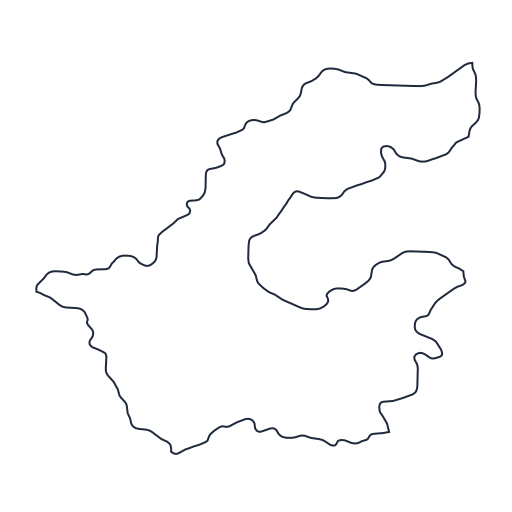 the district of San José de Ocoa, San José de Ocoa, Dominican Republic, rotated 92°
{"feature_id": "3306468B57713364990292", "entity_name": "San José de Ocoa", "entity_type": "district", "adm_level": 2, "iso_a3": "DOM", "parent_name": "Dominican Republic", "parent_adm1": "San José de Ocoa", "projection": "equal_earth", "projection_center": [-70.491, 18.553], "detail": "fine", "context": "isolated", "style": "outline", "palette": "slate", "viewbox_px": 512, "rotation_deg": 92, "n_neighbors": 0, "source": "geoboundaries", "source_scale": "gbopen_adm2", "svg_char_len": 6017}
<svg xmlns="http://www.w3.org/2000/svg" viewBox="0 0 512 512"><g transform="rotate(92 256 256)"><path d="M274.4,405.4L275.0,414.8L275.6,417.6L276.5,419.0L279.1,421.6L279.9,423.0L280.4,424.5L280.0,428.9L281.1,433.7L281.2,435.7L280.8,438.6L278.9,444.0L278.4,447.3L278.2,455.2L278.5,458.5L279.0,460.5L279.9,462.3L281.6,464.4L285.9,467.4L292.2,473.3L293.9,474.1L295.6,474.4L299.3,474.2L300.4,470.7L302.5,466.3L304.6,460.6L306.2,458.1L311.7,450.8L313.2,448.1L313.8,446.0L314.1,443.9L314.3,433.9L314.7,430.6L315.8,427.8L317.6,425.7L319.0,424.7L324.4,422.1L325.7,422.0L328.0,422.6L329.3,422.4L330.7,421.5L335.4,417.1L337.8,416.1L339.5,416.0L342.0,416.4L346.1,418.9L347.6,419.4L350.0,419.2L351.4,418.2L353.0,416.1L354.9,410.6L357.5,404.9L358.4,403.4L359.1,402.9L360.6,402.2L362.3,402.0L373.4,402.2L376.1,402.0L377.9,401.5L380.3,400.1L386.6,394.0L393.8,389.6L400.3,387.5L402.5,385.8L406.7,381.6L408.2,380.6L410.7,379.8L417.5,378.8L422.6,376.2L427.5,374.9L429.1,374.2L431.0,372.5L432.3,370.0L432.9,366.9L433.4,359.3L434.2,356.3L435.7,353.5L442.1,344.4L444.8,338.1L446.5,336.0L447.8,334.9L451.1,334.1L454.6,334.0L455.9,331.9L456.6,329.5L456.3,327.7L455.6,326.2L451.8,319.8L450.4,316.0L448.1,310.6L446.9,306.7L443.6,299.7L442.3,298.1L436.9,296.2L435.5,295.2L432.3,291.9L428.9,287.3L427.7,284.9L427.3,283.3L427.8,279.6L427.4,277.2L422.9,269.3L419.5,261.2L419.1,259.4L419.0,257.7L419.3,256.1L420.1,254.3L421.3,253.0L423.3,251.7L427.6,251.0L428.9,250.5L430.7,248.9L431.4,247.4L431.6,246.4L431.3,244.7L427.9,235.7L427.5,233.2L427.9,231.5L428.8,230.2L429.9,229.1L432.6,227.5L433.8,226.4L435.4,224.2L436.1,222.3L436.6,218.7L436.5,213.9L435.8,210.5L434.0,205.2L433.8,203.2L433.9,201.2L435.9,194.7L436.8,186.5L437.6,183.0L439.0,180.2L442.1,175.3L442.8,172.6L442.6,170.9L442.3,170.1L441.2,169.2L438.4,167.9L437.9,167.4L437.2,165.8L436.9,164.0L437.1,160.9L439.6,153.8L439.9,150.7L439.7,148.7L439.2,147.0L437.4,143.8L435.8,139.0L434.8,137.8L431.2,135.8L430.2,134.4L429.5,131.4L428.6,123.3L427.2,116.8L418.9,119.2L411.7,123.7L408.3,126.2L406.7,127.0L402.5,127.6L399.4,127.0L398.1,125.9L397.3,124.2L396.1,114.0L392.9,104.6L388.9,94.7L387.2,92.5L385.9,91.4L383.2,90.5L380.4,90.2L362.2,90.4L358.6,91.2L354.4,93.7L352.1,94.3L350.5,94.0L348.5,92.4L347.3,89.8L347.1,88.8L347.2,86.7L348.3,83.8L351.8,78.3L352.1,77.4L352.3,75.5L352.0,73.8L350.4,68.9L349.4,67.5L348.2,66.6L346.1,66.7L343.2,67.7L336.2,72.5L334.9,73.7L332.9,76.8L328.2,89.6L326.7,92.0L325.5,93.3L324.0,94.3L321.4,94.9L317.9,94.8L315.4,94.1L313.3,92.5L311.8,90.2L311.1,88.4L310.2,83.9L309.4,82.3L308.9,81.8L307.6,81.0L303.9,79.6L296.6,75.2L294.4,73.3L292.3,70.9L281.8,57.1L279.6,53.4L277.9,48.9L276.4,46.9L275.2,46.0L273.9,45.8L269.2,47.6L264.0,48.3L261.5,52.4L259.7,56.9L258.7,58.5L257.0,60.5L252.9,63.3L250.6,66.1L246.6,75.9L246.1,79.2L245.9,84.8L245.9,100.8L246.1,104.1L246.4,106.3L247.1,108.3L248.1,110.1L253.5,117.5L255.1,120.1L256.2,123.0L257.5,130.3L258.8,133.2L260.6,135.8L262.7,138.0L265.1,139.4L272.7,140.4L275.2,141.5L277.4,143.4L279.5,145.8L285.8,154.0L287.2,156.6L287.6,158.6L287.3,160.3L286.0,164.5L285.5,168.8L285.6,174.3L286.5,177.6L288.6,181.1L291.3,183.6L292.1,183.9L293.5,184.0L296.5,182.5L298.9,182.3L301.2,183.4L304.0,186.3L306.1,189.9L307.0,193.1L307.3,197.6L307.2,204.4L306.7,207.6L306.1,209.6L298.8,227.9L293.9,235.9L292.1,240.7L290.7,243.3L287.8,247.5L284.5,251.3L283.1,252.7L281.6,253.7L280.0,254.3L275.1,255.7L264.4,262.4L262.8,263.1L258.3,263.7L247.1,263.8L241.7,263.5L240.0,263.0L238.4,262.1L237.2,260.8L236.2,259.3L234.4,254.7L233.0,251.9L230.6,248.6L228.5,246.5L224.0,243.5L216.9,236.7L213.9,234.9L209.7,232.0L206.7,230.3L202.5,227.4L199.4,225.8L195.9,223.4L193.1,221.8L191.8,220.8L190.7,219.6L190.0,218.0L189.9,217.1L190.1,215.3L192.6,208.5L194.8,203.2L195.5,199.9L195.7,195.2L195.8,185.6L195.4,178.7L194.9,176.5L193.5,174.0L191.7,172.2L188.2,169.9L186.5,167.9L185.5,166.3L181.8,157.3L180.6,153.4L178.3,148.0L176.7,143.2L173.2,135.8L172.0,134.6L167.4,131.1L165.8,130.4L163.2,129.9L159.7,130.0L157.2,130.6L152.1,133.6L148.6,134.7L145.9,134.7L144.2,134.4L142.7,133.2L142.2,132.4L141.7,130.4L141.6,128.4L142.0,126.4L142.7,124.6L144.9,121.9L148.4,119.7L149.6,118.6L151.2,116.4L151.9,114.5L152.4,112.2L153.2,104.0L155.6,96.4L155.9,93.2L155.6,90.0L155.1,88.0L153.3,83.6L152.0,79.7L147.8,69.8L146.2,67.6L144.9,66.5L141.3,64.3L135.5,59.8L131.7,52.4L129.5,47.8L124.3,47.1L121.4,46.4L119.0,44.9L114.8,40.7L112.6,39.0L109.8,38.0L104.9,37.6L100.0,37.7L97.1,38.2L95.3,38.8L91.0,41.2L88.2,42.0L84.3,42.3L73.3,42.1L69.3,42.4L66.5,43.2L61.4,45.8L58.9,46.3L55.4,46.6L56.2,50.7L57.9,54.2L70.4,70.4L75.2,77.6L76.4,80.6L77.6,86.5L79.8,93.0L80.4,96.5L80.6,103.8L80.7,136.4L80.6,141.2L80.3,143.4L79.4,146.3L76.0,149.7L74.5,151.8L70.5,161.7L70.1,164.0L69.1,173.4L66.8,180.0L66.2,183.4L66.0,187.0L66.3,190.6L66.9,192.9L67.7,194.6L69.4,196.7L73.7,199.6L76.5,202.4L79.3,206.7L81.6,212.1L82.6,213.6L83.9,214.8L86.3,216.0L91.8,216.9L94.5,217.7L96.8,219.4L101.8,224.0L103.3,224.8L108.9,226.8L110.2,227.9L111.3,229.3L112.3,230.8L114.7,236.4L119.1,243.6L121.9,251.7L122.0,254.3L120.7,258.4L120.2,261.4L120.3,264.6L121.2,267.6L122.2,269.1L123.4,270.4L125.6,271.5L128.5,272.4L130.3,273.9L133.5,280.4L135.1,285.2L138.5,294.4L139.9,296.8L141.2,297.9L142.7,298.6L145.2,298.5L150.0,295.7L155.7,293.7L159.8,291.1L162.2,290.6L164.6,290.9L165.9,291.8L167.3,294.1L169.3,299.1L170.8,305.6L171.6,307.2L172.2,307.8L173.7,308.6L176.3,309.0L189.8,308.8L194.5,309.5L197.5,311.1L200.6,313.7L201.7,315.1L202.5,318.0L203.1,324.1L203.9,325.8L204.5,326.4L205.9,326.9L207.9,326.8L209.1,326.2L210.9,324.2L212.8,323.4L214.9,323.6L216.2,324.4L217.2,325.7L221.8,335.3L226.3,339.7L235.3,350.8L238.2,353.6L239.8,354.4L241.4,354.7L244.2,354.6L249.1,355.1L260.9,355.4L263.7,356.2L265.3,357.2L266.7,358.6L268.5,360.9L269.4,362.7L269.7,364.7L269.7,365.6L268.9,368.1L267.1,371.9L266.0,373.1L263.0,375.7L262.0,377.1L261.1,378.7L260.5,381.0L260.2,383.4L260.2,387.0L260.4,389.4L261.4,392.6L263.5,395.5L266.6,397.9L268.6,399.9L272.3,401.8L273.5,402.9L274.4,405.4Z" fill="none" stroke="#1e293b" stroke-width="2"/></g></svg>